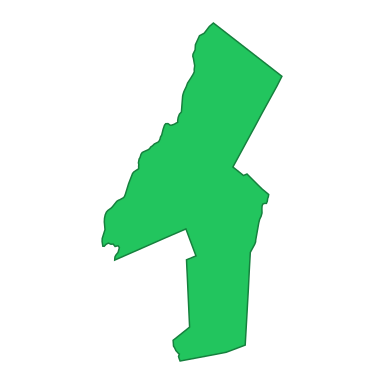 the district of Apodi, Rio Grande do Norte, Brazil
{"feature_id": "56859067B42378409662171", "entity_name": "Apodi", "entity_type": "district", "adm_level": 2, "iso_a3": "BRA", "parent_name": "Brazil", "parent_adm1": "Rio Grande do Norte", "projection": "equal_earth", "projection_center": [-37.896, -5.629], "detail": "fine", "context": "isolated", "style": "filled", "palette": "green", "viewbox_px": 384, "rotation_deg": 0, "n_neighbors": 0, "source": "geoboundaries", "source_scale": "gbopen_adm2", "svg_char_len": 1850}
<svg xmlns="http://www.w3.org/2000/svg" viewBox="0 0 384 384"><path d="M105.2,214.9L104.5,218.2L104.3,221.9L105.0,229.6L102.2,238.5L102.1,241.5L102.8,246.2L104.2,246.3L106.1,244.3L108.4,243.1L110.8,244.2L113.2,244.1L115.1,246.5L118.0,245.7L119.4,247.6L118.0,252.5L116.1,254.8L115.1,256.5L114.8,258.1L114.7,260.1L141.8,248.2L148.6,245.2L157.7,241.2L163.1,238.8L185.9,228.9L195.3,254.1L196.0,255.9L186.5,259.8L186.9,268.6L187.2,274.2L189.6,327.1L173.1,340.3L173.4,344.3L173.5,346.1L174.7,348.0L175.9,350.6L177.0,351.8L178.4,353.4L179.4,354.1L178.5,356.4L179.2,358.7L180.1,361.0L215.8,354.3L226.1,352.3L229.9,350.9L245.2,345.1L246.7,318.7L248.4,288.5L249.3,270.2L250.3,252.4L252.9,247.6L254.7,244.3L255.6,241.9L255.7,240.1L256.6,235.1L258.8,222.7L259.7,219.2L261.1,216.3L262.0,213.0L261.9,208.4L262.1,205.8L262.9,204.0L264.6,203.4L266.4,203.4L267.3,201.3L267.7,198.4L268.3,196.9L268.7,194.5L262.2,189.1L258.3,185.3L254.4,181.4L247.0,174.0L243.5,175.5L232.9,167.0L252.0,131.8L254.1,128.0L262.3,112.7L277.0,86.0L281.9,76.3L213.4,23.0L209.4,26.4L204.2,33.2L199.5,35.7L195.4,44.7L195.1,49.9L193.0,54.2L192.8,56.4L193.4,58.3L194.7,65.8L194.2,69.2L194.3,71.8L193.0,74.5L190.1,79.2L187.6,83.0L186.2,86.8L184.9,89.5L183.8,91.9L182.9,94.8L182.6,96.4L181.4,112.0L179.4,114.2L178.2,117.4L177.7,120.3L177.7,122.4L176.3,123.0L174.3,124.2L171.4,125.2L170.2,125.2L168.0,123.6L165.7,123.7L164.5,125.2L163.1,129.3L161.7,135.0L160.5,137.0L160.0,139.2L159.1,141.0L158.1,142.1L154.3,144.0L152.6,145.7L150.6,147.1L149.6,148.7L148.0,149.8L143.8,151.7L142.2,152.5L141.0,154.3L140.0,157.6L139.1,159.0L138.4,162.9L138.8,164.5L138.6,166.4L138.7,168.7L134.1,171.7L132.6,173.4L128.6,183.7L125.4,194.1L124.5,196.4L123.6,197.6L119.7,199.8L118.5,200.2L116.8,201.3L112.4,206.8L111.1,208.1L107.8,210.5L106.4,212.1L105.2,214.9Z" fill="#22c55e" stroke="#15803d" stroke-width="1.5"/></svg>